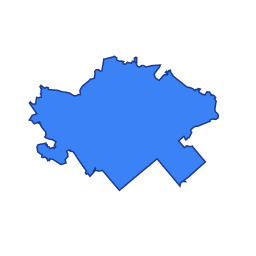 the district of Īles pag., Auces, Latvia, rotated 159°
{"feature_id": "27541924B56863869221603", "entity_name": "Īles pag.", "entity_type": "district", "adm_level": 2, "iso_a3": "LVA", "parent_name": "Latvia", "parent_adm1": "Auces", "projection": "albers", "projection_center": [23.001, 56.556], "detail": "fine", "context": "isolated", "style": "filled", "palette": "blue", "viewbox_px": 256, "rotation_deg": 159, "n_neighbors": 0, "source": "geoboundaries", "source_scale": "gbopen_adm2", "svg_char_len": 5701}
<svg xmlns="http://www.w3.org/2000/svg" viewBox="0 0 256 256"><g transform="rotate(159 128 128)"><path d="M158.3,72.9L157.0,73.4L151.7,75.1L147.4,76.7L128.3,83.2L126.4,83.8L121.2,85.6L117.8,86.8L111.9,88.8L106.2,72.4L103.7,65.1L103.1,63.3L102.7,62.1L102.5,61.6L101.8,59.7L101.8,59.4L101.6,59.0L100.3,55.1L98.8,57.6L96.7,58.6L94.0,57.5L93.6,57.3L94.3,59.2L90.6,60.1L90.0,60.2L87.3,61.2L86.6,61.5L81.3,63.5L79.9,64.1L78.1,64.8L77.1,65.2L76.8,65.3L76.5,65.4L74.7,66.1L74.4,66.2L67.9,68.6L69.4,72.8L71.8,79.8L74.4,87.3L74.3,87.9L74.3,88.0L76.1,88.2L77.3,88.7L78.3,89.3L79.3,90.4L82.4,89.4L85.3,97.9L79.0,100.1L78.3,100.4L78.7,100.0L78.6,98.7L78.5,97.9L78.4,97.3L78.6,96.8L78.5,96.5L78.4,96.3L78.2,96.1L77.8,96.2L76.9,96.5L76.0,97.3L74.4,97.2L72.9,98.5L70.6,100.6L70.2,100.8L70.3,102.1L70.4,103.7L70.3,103.9L65.4,105.4L65.3,105.5L62.4,104.7L61.5,104.7L49.1,104.9L49.2,105.2L48.6,105.9L47.7,106.1L46.4,106.3L42.7,104.5L41.4,105.1L40.3,105.2L39.7,106.4L39.3,107.2L39.2,107.4L39.1,107.8L39.2,108.4L39.3,109.1L39.4,109.4L39.6,109.8L40.0,110.6L40.2,111.1L40.5,111.8L40.5,112.6L40.5,113.2L40.4,113.7L40.4,114.0L40.2,114.4L40.0,114.7L38.1,118.1L37.6,118.9L37.4,119.4L37.3,119.6L37.0,120.0L36.7,120.5L36.4,120.8L36.1,121.1L36.7,124.5L36.1,124.6L35.3,124.9L35.6,125.8L35.8,126.8L35.9,127.0L36.7,128.1L37.9,128.8L38.1,128.5L38.7,128.9L38.5,129.8L39.0,132.3L41.2,133.5L44.4,131.2L45.0,131.9L46.9,133.0L46.8,133.5L47.3,134.1L48.2,134.9L48.9,136.5L48.6,137.1L47.2,137.9L46.5,138.3L47.8,139.3L48.5,139.7L49.1,138.8L49.7,139.2L50.4,139.5L50.7,139.7L51.9,139.0L52.1,138.8L52.2,139.1L52.3,139.5L53.1,140.7L53.3,141.2L53.6,141.6L54.1,142.1L54.6,142.6L55.0,143.0L57.4,144.6L57.9,145.0L58.9,146.0L59.2,146.5L63.6,154.2L63.9,154.6L65.4,157.1L66.9,159.8L67.7,160.9L67.9,161.1L68.1,161.1L67.3,161.5L67.4,161.8L68.1,164.6L67.8,166.8L69.4,166.9L69.5,166.0L71.0,166.0L71.6,167.3L72.9,166.6L73.1,166.4L71.8,164.9L71.6,164.6L71.5,164.2L72.4,163.6L73.1,164.0L74.3,164.6L74.7,164.8L75.5,164.5L80.0,162.3L82.0,161.2L84.2,164.6L84.6,166.4L84.5,166.5L84.4,168.3L83.8,169.1L83.3,169.6L82.8,170.3L82.1,170.3L79.9,171.9L78.6,172.5L76.7,173.6L75.3,175.2L83.4,177.7L88.8,178.4L89.7,178.7L90.0,179.2L90.8,180.5L92.6,181.4L95.3,180.7L95.5,180.9L97.1,182.1L97.2,184.4L97.3,184.5L97.2,184.9L97.1,185.2L97.1,185.9L97.1,186.3L96.3,186.0L95.9,187.5L95.6,188.1L94.6,190.5L95.2,191.2L95.3,191.1L95.5,191.0L95.7,190.7L96.6,191.1L97.0,191.0L98.2,187.3L100.0,188.8L101.6,187.2L105.1,189.5L107.5,188.5L108.1,188.7L108.3,189.0L109.4,189.5L109.2,190.7L108.8,191.6L108.3,191.7L108.4,191.8L110.3,192.7L110.2,192.9L110.6,193.1L112.1,193.5L112.4,193.6L113.1,194.5L113.8,195.0L114.1,195.6L113.5,197.3L113.6,197.9L114.1,198.2L114.7,199.7L116.2,199.8L117.4,199.6L118.2,199.6L118.3,199.6L118.3,200.0L119.4,200.1L120.2,200.0L120.5,200.2L121.7,200.4L124.6,200.6L124.9,200.7L125.1,200.6L125.7,200.7L125.9,200.9L126.0,200.7L126.8,199.4L127.2,198.7L127.5,198.0L127.9,197.4L128.2,196.9L128.3,196.8L128.3,196.7L130.4,193.4L131.3,191.6L131.8,190.8L133.4,190.9L134.3,191.8L134.4,192.2L134.3,192.9L136.8,193.8L138.9,192.6L139.0,191.8L139.1,191.1L140.2,188.9L140.8,187.8L141.4,186.5L142.2,186.7L144.4,186.5L145.4,187.2L145.9,187.0L147.9,185.8L148.7,185.6L150.3,185.2L150.5,185.1L153.6,184.1L155.8,183.3L159.3,180.5L159.8,178.7L160.6,176.1L162.5,177.0L162.9,177.0L163.6,176.7L164.1,176.6L164.3,176.7L165.5,176.9L165.8,177.0L166.5,177.4L167.0,177.7L167.3,177.9L168.0,178.6L168.1,178.9L168.6,179.7L170.2,181.7L174.1,184.2L175.2,184.6L177.3,186.0L180.0,188.3L188.5,192.4L188.3,193.3L187.9,194.0L188.5,194.7L189.9,195.3L191.4,194.9L192.6,196.6L194.0,199.0L195.4,198.1L195.2,196.4L194.4,196.1L194.7,195.3L195.6,194.5L195.9,193.9L196.1,192.5L196.1,192.1L197.2,191.7L197.6,191.1L197.2,189.9L197.9,187.9L200.8,188.4L202.3,189.3L203.1,188.1L203.8,186.8L205.6,183.5L208.6,184.5L208.9,185.1L209.1,185.7L209.9,187.3L211.1,186.6L208.1,174.3L208.0,174.0L210.3,174.0L211.6,174.1L212.8,174.1L217.3,170.8L215.4,169.6L215.3,169.2L215.0,169.1L214.5,166.7L213.7,165.4L208.9,165.6L208.5,165.5L208.4,165.1L208.2,164.7L209.6,164.4L208.6,163.0L208.4,162.5L208.2,162.2L208.6,161.6L208.3,160.0L207.6,157.5L207.0,156.1L206.3,154.1L206.6,151.8L207.3,151.3L207.7,149.9L208.9,149.5L208.5,148.6L207.8,147.8L207.2,147.5L204.7,145.3L202.8,144.3L201.1,142.1L200.2,141.2L201.5,139.5L203.3,137.7L202.2,136.7L202.6,136.0L204.7,135.5L204.7,136.5L205.4,136.7L206.1,136.6L206.9,136.6L208.2,136.8L208.6,138.8L209.9,139.1L209.8,140.5L209.6,141.2L210.0,141.1L210.7,141.1L210.7,141.5L210.5,142.0L210.0,143.3L212.1,143.5L215.3,144.2L217.7,144.5L218.2,144.5L219.0,143.7L220.0,142.7L219.9,141.7L220.6,139.7L220.7,137.8L217.9,133.7L218.4,132.8L218.7,132.2L219.0,131.7L218.9,131.6L218.7,131.3L218.3,131.0L217.3,130.8L217.0,130.8L216.0,130.8L215.8,130.7L215.6,130.6L215.1,129.2L214.8,128.6L214.8,128.3L214.5,128.3L214.5,128.2L214.5,127.9L214.4,127.8L214.4,127.5L214.6,127.3L214.6,127.1L214.6,126.9L214.5,127.0L214.6,126.7L214.3,126.7L214.1,126.3L213.9,126.3L213.7,126.3L213.8,126.2L213.6,126.1L213.4,126.0L213.4,125.9L213.0,125.7L212.9,125.9L212.2,127.2L209.6,125.9L207.6,123.2L207.3,122.9L203.8,118.0L203.7,117.9L200.1,117.7L198.5,117.5L198.4,117.5L198.3,118.2L198.2,119.8L198.0,121.1L197.9,121.1L194.2,123.0L193.7,124.7L193.4,125.9L193.9,127.5L193.4,128.1L193.3,128.4L193.0,128.5L192.0,128.6L191.0,128.4L190.0,128.0L190.4,127.2L188.7,126.4L188.6,126.2L188.4,126.0L187.7,125.3L187.1,123.3L185.7,116.8L184.3,110.9L183.8,108.7L182.1,102.3L183.7,101.8L183.5,99.8L181.7,99.9L181.5,99.1L180.8,96.5L176.4,98.7L175.1,99.5L175.2,99.8L175.5,100.4L175.0,100.6L173.1,102.4L173.0,101.8L173.7,100.6L174.0,100.1L171.5,99.0L170.9,98.3L168.4,97.7L167.1,97.8L160.6,79.1L158.3,72.9Z" fill="#3b82f6" stroke="#1e3a8a" stroke-width="1.5"/></g></svg>